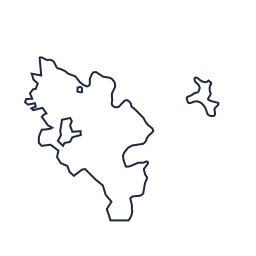 outline of Fergana, Ferghana, Uzbekistan, rotated 256°
{"feature_id": "79887680B63252769213541", "entity_name": "Fergana", "entity_type": "district", "adm_level": 2, "iso_a3": "UZB", "parent_name": "Uzbekistan", "parent_adm1": "Ferghana", "projection": "equal_earth", "projection_center": [71.801, 40.219], "detail": "fine", "context": "isolated", "style": "outline", "palette": "slate", "viewbox_px": 256, "rotation_deg": 256, "n_neighbors": 0, "source": "geoboundaries", "source_scale": "gbopen_adm2", "svg_char_len": 2699}
<svg xmlns="http://www.w3.org/2000/svg" viewBox="0 0 256 256"><g transform="rotate(256 128 128)"><path d="M217.7,59.3L200.0,56.5L204.0,47.7L197.9,48.0L193.0,51.2L188.3,47.9L188.5,45.2L185.3,41.2L179.5,42.2L180.7,36.3L178.0,34.3L174.9,36.7L174.6,43.6L171.1,43.7L170.4,39.0L168.3,40.3L168.2,49.9L161.9,52.4L161.2,49.3L159.7,47.1L149.9,51.0L146.6,54.5L146.1,52.9L146.5,47.8L147.2,43.9L143.9,41.4L140.8,39.3L135.2,37.9L131.6,39.9L130.5,48.9L122.8,55.0L117.0,52.1L110.2,54.2L105.8,60.0L99.5,60.7L94.7,63.9L98.8,73.4L98.5,76.5L85.9,84.0L78.3,89.7L68.6,90.2L60.5,94.1L54.4,87.8L47.7,88.4L42.6,88.6L38.2,106.2L39.8,108.0L43.3,110.8L46.6,112.1L48.4,112.1L51.8,113.1L59.1,113.2L60.1,114.6L60.4,116.2L59.4,123.7L60.6,126.8L70.5,131.2L74.1,134.0L75.6,134.5L78.6,133.4L84.3,133.4L88.8,138.8L90.4,139.0L91.1,137.9L90.6,134.7L91.8,129.4L90.5,121.3L90.5,118.7L91.1,116.6L97.9,115.9L102.3,116.4L105.1,118.4L109.0,123.5L110.0,128.1L109.0,138.7L109.6,140.1L109.9,140.8L111.9,143.0L113.2,143.4L115.7,146.3L118.3,151.1L119.6,151.9L121.6,151.5L126.7,147.8L129.9,146.5L134.1,145.4L144.6,139.2L148.0,136.5L151.0,136.7L153.3,135.7L155.2,133.9L155.5,132.4L155.1,130.9L151.0,124.5L150.7,123.0L151.4,120.3L152.8,118.9L154.1,118.1L156.0,118.2L158.6,119.4L163.4,120.2L165.4,120.8L170.5,125.0L172.4,125.9L175.9,126.0L179.6,124.2L181.2,122.4L183.8,116.3L190.0,110.5L190.4,107.8L188.9,105.9L184.9,102.8L179.5,101.5L178.4,99.9L178.2,98.7L178.9,97.2L181.2,94.6L184.1,92.4L190.7,89.5L195.2,83.1L198.1,81.0L201.3,77.3L202.8,74.4L203.9,73.5L209.7,72.2L211.5,71.2L213.1,69.0L213.5,65.8L217.1,61.8L217.8,59.9L217.7,59.3ZM152.0,66.0L151.7,74.3L148.2,75.1L144.5,72.4L137.8,73.1L136.4,81.2L132.6,80.5L132.5,71.8L128.5,68.3L128.9,62.8L126.4,60.6L132.5,56.8L137.2,61.2L141.5,61.5L152.0,66.0ZM178.7,92.7L177.0,92.9L173.9,91.9L174.3,90.1L175.7,87.7L179.4,88.9L179.4,91.3L178.7,92.7ZM149.0,207.0L147.3,205.9L146.1,205.0L145.7,204.1L145.8,202.1L145.6,200.3L144.5,197.8L144.1,195.4L143.8,193.1L143.1,192.3L141.5,192.1L139.0,192.3L137.7,192.8L137.2,193.9L137.2,195.7L137.6,198.4L137.3,201.2L136.3,203.1L134.5,205.1L132.4,206.5L129.4,207.8L125.0,208.3L122.0,208.6L120.5,209.9L119.6,211.2L119.0,213.5L119.2,214.9L120.7,215.9L122.6,216.2L125.0,216.3L126.1,217.0L127.1,218.5L127.9,220.1L129.1,221.4L129.7,221.7L130.5,221.6L131.1,220.6L134.1,215.1L135.9,212.8L136.5,212.7L137.2,212.8L139.2,214.9L140.6,216.3L141.7,216.6L142.9,216.5L143.9,216.2L147.2,216.9L149.6,218.1L150.8,219.4L152.0,219.5L154.5,217.5L154.0,216.7L153.6,215.0L153.9,213.5L154.9,211.8L156.3,210.1L159.0,208.1L160.3,206.8L160.6,205.7L160.3,204.8L159.4,204.4L157.0,204.3L155.4,205.2L152.9,206.8L151.5,207.2L149.9,207.3L149.0,207.0Z" fill="none" stroke="#1e293b" stroke-width="2"/></g></svg>